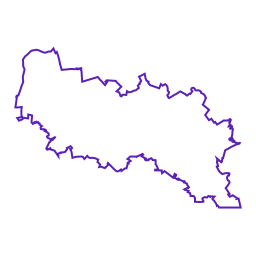 Las Margaritas, Chiapas, Mexico
{"feature_id": "50627088B80831055738102", "entity_name": "Las Margaritas", "entity_type": "district", "adm_level": 2, "iso_a3": "MEX", "parent_name": "Mexico", "parent_adm1": "Chiapas", "projection": "mercator", "projection_center": [-91.688, 16.374], "detail": "fine", "context": "isolated", "style": "outline", "palette": "violet", "viewbox_px": 256, "rotation_deg": 0, "n_neighbors": 0, "source": "geoboundaries", "source_scale": "gbopen_adm2", "svg_char_len": 5779}
<svg xmlns="http://www.w3.org/2000/svg" viewBox="0 0 256 256"><path d="M219.0,207.5L240.6,207.5L238.6,198.6L237.1,198.8L237.4,198.4L232.8,195.3L231.6,196.0L229.7,196.7L228.1,194.4L229.6,193.9L225.7,188.1L227.8,185.5L229.5,182.7L229.3,181.5L229.1,181.1L228.0,180.4L227.5,179.6L227.0,177.8L227.2,176.9L228.0,175.7L228.6,175.1L229.1,175.3L229.4,173.5L228.9,173.2L227.0,173.1L224.7,173.3L222.4,174.1L219.6,171.9L216.7,166.8L216.7,166.6L218.1,166.1L216.9,162.0L217.3,160.2L217.6,160.3L216.9,158.4L220.4,161.4L221.2,162.3L221.8,161.8L222.4,158.1L223.0,158.2L223.1,157.9L225.2,150.3L231.3,146.9L236.8,144.2L239.2,143.9L239.2,144.1L239.8,142.9L239.5,142.8L238.2,143.4L235.6,142.5L235.0,142.5L234.4,142.2L234.6,141.3L234.4,141.1L233.6,141.9L232.8,141.9L232.5,141.7L232.5,141.3L233.4,140.3L232.4,139.0L231.9,138.8L231.6,138.9L231.6,139.4L231.9,140.3L231.3,140.6L230.0,140.2L229.5,139.7L229.2,139.1L229.4,138.7L230.1,138.3L230.8,138.1L232.0,138.2L232.3,138.1L231.7,136.7L232.2,134.9L232.4,133.7L232.4,131.3L232.8,130.0L232.9,129.3L232.6,128.5L232.1,128.3L230.4,128.8L230.2,128.5L231.2,127.8L232.0,126.7L232.0,126.3L231.3,126.0L228.6,126.5L228.7,126.2L230.2,125.8L230.8,125.3L230.6,124.8L229.7,124.5L229.4,123.9L229.5,123.6L229.4,122.6L230.0,122.2L230.5,120.9L230.8,119.7L230.6,119.4L230.1,119.2L229.8,119.4L229.6,119.3L229.1,120.5L228.6,120.2L228.1,120.6L227.6,120.4L225.0,120.6L223.9,120.4L217.1,124.6L215.2,122.0L214.1,122.7L211.4,118.8L209.0,120.2L205.2,115.0L209.0,109.8L202.8,104.7L203.1,104.3L206.0,97.9L205.4,97.4L205.4,96.7L205.0,95.9L203.6,94.1L201.2,93.0L201.0,92.6L200.9,91.6L200.7,91.4L198.7,90.3L196.0,90.4L195.3,90.0L195.0,89.6L194.9,89.0L194.0,88.1L193.6,87.9L192.3,87.9L191.9,88.1L191.3,88.9L191.2,89.7L191.5,90.2L191.8,90.7L192.4,91.1L191.7,92.1L190.4,93.9L189.6,93.6L187.1,95.6L186.1,95.0L185.9,94.5L180.3,91.4L175.4,94.5L174.7,94.6L173.1,95.7L169.1,98.1L168.1,97.2L168.1,96.7L167.4,95.5L167.6,94.7L168.2,94.3L168.8,93.3L169.0,92.0L167.7,90.8L167.7,88.3L167.2,86.4L166.0,84.7L165.5,84.3L165.1,84.2L162.6,85.7L160.9,84.1L159.2,88.3L150.0,85.1L148.1,82.7L148.5,81.7L146.5,80.6L145.6,78.5L144.7,73.8L139.0,76.7L141.2,80.9L139.6,83.0L139.9,83.8L139.0,84.2L138.1,85.5L138.3,86.0L138.0,86.1L138.8,88.0L135.6,90.4L134.0,90.6L131.0,92.0L129.5,92.2L128.6,92.2L127.0,91.2L126.3,94.9L122.8,94.7L121.9,95.3L121.7,95.8L121.6,96.3L121.1,96.3L120.5,96.0L119.3,92.5L116.6,91.3L121.3,86.7L115.9,81.4L115.7,80.9L106.8,80.3L105.5,81.6L106.3,81.9L107.7,81.0L105.1,85.1L103.2,83.2L102.0,81.6L100.4,80.2L97.8,77.0L82.2,81.7L81.5,71.1L81.0,70.2L81.4,68.7L81.2,68.1L79.1,68.6L79.1,68.8L77.2,68.5L77.6,69.2L70.7,69.0L61.7,69.9L59.8,63.3L59.6,61.6L58.2,56.1L56.8,52.0L55.5,53.1L53.4,48.5L50.9,51.5L48.2,51.6L46.2,52.5L45.4,52.6L44.0,52.6L40.6,51.2L38.4,50.2L36.8,49.8L35.3,49.9L34.5,50.3L32.4,50.4L31.0,51.0L27.3,54.6L25.0,56.5L22.9,59.7L23.2,64.0L23.2,66.4L24.3,68.6L24.5,69.8L22.8,76.9L23.2,82.0L21.5,86.2L20.3,90.1L18.4,95.4L17.7,95.3L16.6,96.0L16.4,96.5L17.0,96.4L15.4,107.4L17.0,107.5L21.7,107.0L21.3,111.0L21.4,112.4L21.4,115.2L21.7,116.1L22.3,116.9L17.2,118.0L19.0,120.7L22.6,119.2L22.8,117.7L28.1,118.4L28.3,114.5L32.1,115.5L31.5,122.3L32.9,123.9L33.6,123.3L34.0,122.7L34.1,123.0L34.5,122.7L34.5,122.4L34.6,122.6L34.8,122.5L34.7,122.7L34.9,122.7L34.9,123.0L35.3,122.9L35.4,122.4L36.4,122.6L36.6,122.5L36.6,122.4L36.8,122.5L36.9,122.2L37.6,122.2L37.9,122.0L38.3,122.2L38.8,123.3L39.7,123.6L39.6,124.6L41.9,126.1L40.7,127.0L40.6,127.6L40.8,129.0L42.5,129.3L43.3,129.1L45.5,129.7L45.6,130.2L46.0,130.5L46.0,130.8L45.0,131.1L45.5,131.4L45.8,131.7L46.6,131.8L47.3,132.6L48.1,133.0L48.7,133.6L48.7,135.5L48.2,135.6L47.0,136.4L47.4,137.5L48.0,138.0L50.4,139.2L52.5,138.5L55.6,136.8L52.8,139.7L50.6,140.8L50.6,141.1L50.3,141.7L50.0,141.6L49.8,141.7L49.5,141.3L49.6,141.5L48.7,143.6L46.3,148.6L46.6,149.0L47.2,149.0L47.2,149.6L47.4,149.7L47.9,149.5L50.3,148.2L50.4,148.4L49.5,149.1L54.5,150.6L58.3,156.2L58.1,153.8L60.7,152.5L61.0,152.9L61.8,152.4L63.1,152.4L65.3,151.8L65.6,151.4L65.9,150.6L66.4,150.2L67.1,149.2L67.3,148.8L66.9,148.0L70.6,146.2L72.1,148.0L71.1,149.1L70.2,149.1L71.5,151.8L72.4,157.8L76.2,156.8L81.2,156.5L82.7,156.7L84.4,159.0L87.2,155.9L88.2,157.0L89.3,157.7L90.6,158.0L91.3,157.8L94.5,158.0L98.2,159.6L97.7,161.0L97.5,162.0L100.1,164.4L99.2,167.0L100.5,166.7L102.1,166.9L103.3,167.7L104.2,167.6L104.9,168.1L108.4,164.6L107.6,163.8L108.0,163.0L115.4,170.5L117.1,171.4L118.3,171.3L120.9,169.5L121.4,171.0L125.2,168.3L126.5,168.3L127.4,165.2L127.6,163.6L128.5,163.5L127.9,162.6L130.6,161.0L128.5,159.3L128.1,159.3L127.5,159.0L130.4,156.5L136.2,156.6L136.5,156.9L137.1,156.3L138.5,155.9L142.6,153.9L143.2,154.7L140.7,156.3L141.8,156.2L142.3,156.7L144.4,157.8L145.1,159.7L145.7,160.3L146.2,160.4L146.6,160.2L146.6,159.5L147.0,160.0L147.9,160.2L148.4,160.2L148.6,160.0L148.8,159.2L150.5,158.6L151.1,158.2L151.7,158.5L152.6,160.0L155.6,160.2L155.6,164.2L156.4,165.3L158.4,169.6L155.1,169.7L155.1,170.4L161.7,170.4L161.7,171.6L162.0,173.2L164.5,171.1L173.1,177.7L174.7,173.9L176.2,174.8L175.9,175.7L174.7,177.4L174.7,177.8L175.0,177.8L177.5,179.7L178.4,179.8L178.3,179.3L178.0,179.2L177.8,178.9L178.3,178.5L178.5,178.6L180.5,180.2L181.6,180.5L183.1,181.3L183.5,181.9L183.9,181.2L184.4,181.2L184.7,181.4L184.6,182.0L185.0,182.8L185.9,183.1L186.3,183.5L187.0,183.7L187.2,185.0L188.0,185.9L188.9,187.4L188.6,187.7L188.4,187.4L184.3,189.4L185.1,189.9L188.6,190.9L187.8,192.2L190.0,193.1L190.5,195.0L190.5,195.9L193.8,196.1L195.0,198.0L195.0,201.8L200.6,202.0L203.4,201.7L203.4,201.2L203.1,200.3L202.5,199.5L202.4,198.4L203.4,197.7L204.9,197.1L206.9,197.6L208.4,196.0L209.3,196.2L210.2,197.0L210.8,196.3L214.4,196.6L212.4,198.8L212.9,199.7L213.5,200.0L215.7,203.0L216.5,204.6L217.0,205.0L217.0,205.8L217.4,205.6L218.3,206.1L219.0,207.5Z" fill="none" stroke="#5b21b6" stroke-width="2"/></svg>